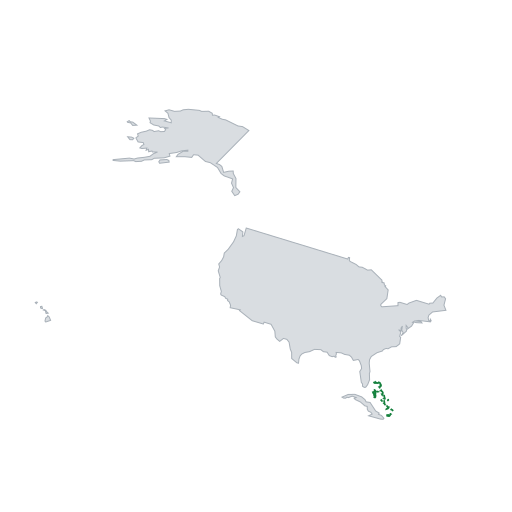 The Bahamas highlighted among its neighbors, rotated 17°
{"feature_id": "BHS", "entity_name": "The Bahamas", "entity_type": "country or territory", "adm_level": 0, "iso_a3": "BHS", "parent_name": "North America", "parent_adm1": "", "projection": "robinson", "projection_center": [-76.093, 23.939], "detail": "fine", "context": "with_neighbors", "style": "filled", "palette": "green", "viewbox_px": 512, "rotation_deg": 17, "n_neighbors": 2, "source": "natural_earth", "source_scale": "50m", "svg_char_len": 7608}
<svg xmlns="http://www.w3.org/2000/svg" viewBox="0 0 512 512"><g transform="rotate(17 256 256)"><path d="M238.5,232.1L344.6,232.1L344.8,230.3L346.0,230.2L346.5,232.9L347.6,233.7L354.1,234.8L357.7,236.3L360.9,235.7L366.8,236.9L370.3,235.5L383.5,242.3L383.8,243.6L384.7,244.0L384.4,244.5L386.3,244.2L387.2,246.1L388.8,246.7L388.3,247.5L392.3,249.8L393.6,258.5L389.5,265.8L389.8,267.0L391.2,267.8L406.3,262.0L405.4,259.0L407.2,258.2L414.7,258.2L416.0,256.3L422.4,251.5L435.6,251.5L436.0,250.3L438.9,249.3L441.3,243.3L444.1,239.6L445.4,240.9L448.0,240.1L449.8,241.5L450.1,248.1L453.5,252.4L441.2,257.9L438.6,262.0L438.6,264.6L440.0,267.2L441.6,267.3L441.2,265.5L442.4,266.6L442.1,268.0L430.5,270.0L427.2,271.5L433.0,270.5L434.3,271.5L428.6,272.9L426.1,272.9L426.2,272.3L425.0,273.7L426.2,273.9L425.3,277.5L422.4,281.3L422.1,280.0L419.9,278.5L420.7,281.2L421.7,282.1L421.8,283.9L418.2,289.8L419.1,286.2L417.0,284.3L416.5,280.2L415.8,282.4L416.6,285.5L413.9,284.7L416.7,286.3L416.9,291.0L418.1,291.4L419.1,298.0L416.5,301.7L412.2,303.2L409.4,306.1L407.4,306.4L405.2,308.2L404.6,309.9L400.0,313.1L395.6,318.4L394.9,322.0L395.6,325.4L398.8,333.2L398.8,335.3L400.8,341.1L400.4,346.3L399.3,349.4L398.0,350.0L395.9,349.4L395.3,347.2L393.7,346.1L389.0,336.1L389.9,332.8L388.7,330.0L385.5,325.9L383.9,325.1L379.6,327.4L376.9,324.8L374.3,323.6L369.5,324.2L365.8,323.7L360.8,324.8L361.5,326.1L361.4,328.1L362.2,329.1L361.4,329.7L359.9,329.0L358.3,330.0L355.2,329.8L352.1,327.2L348.4,327.8L345.4,326.6L339.2,328.2L335.2,331.8L330.9,334.0L328.5,336.3L327.4,338.6L327.2,342.0L328.0,346.1L326.3,346.2L320.1,343.6L318.3,337.8L316.0,335.0L312.8,328.7L309.9,326.7L306.4,326.8L303.6,330.7L300.1,329.2L298.1,327.7L296.0,322.4L290.4,316.9L283.1,316.9L282.9,318.9L271.3,319.0L256.1,313.0L256.6,312.1L246.4,313.0L246.1,310.5L243.7,307.6L241.9,307.0L241.6,305.6L239.3,305.3L238.0,304.0L234.2,303.5L233.3,302.7L233.2,300.0L230.0,295.0L227.8,288.1L228.1,287.0L224.2,281.2L224.4,277.2L222.7,274.5L224.5,270.4L225.3,266.2L224.8,262.5L227.4,257.8L230.4,249.0L231.3,242.5L230.5,236.1L231.2,235.1L236.4,236.8L237.3,241.3L238.6,240.1L238.5,232.1ZM212.5,138.1L191.0,179.1L194.4,179.2L197.2,180.4L200.6,185.5L205.1,182.9L209.3,181.4L210.2,183.8L214.2,187.8L216.7,196.4L221.8,199.3L220.8,202.2L218.0,204.5L213.9,201.2L214.5,197.2L211.3,193.5L211.1,189.1L202.2,188.7L198.6,187.4L193.3,182.6L185.0,180.1L180.0,180.4L171.1,176.5L166.7,177.4L165.7,180.5L159.1,181.8L150.8,184.3L151.7,181.6L155.7,177.2L160.2,175.8L159.9,174.7L154.1,177.2L149.9,180.2L143.1,183.4L144.5,185.7L139.4,189.0L130.1,192.3L128.1,194.4L121.1,196.8L118.8,198.9L113.4,200.9L111.1,200.6L98.4,205.0L91.4,206.4L91.2,205.6L106.3,199.4L111.1,198.9L114.0,197.0L120.5,194.2L125.4,191.7L128.0,188.2L131.4,185.4L126.5,186.8L125.8,186.0L122.9,187.7L122.0,185.4L120.0,187.0L120.1,184.7L115.4,186.6L113.3,186.6L114.6,183.8L116.2,182.1L115.0,180.5L109.9,181.4L106.6,178.2L108.3,175.7L107.0,173.8L110.1,171.2L114.6,168.7L117.3,166.4L120.3,166.1L122.1,166.8L126.3,164.7L128.5,165.0L132.0,163.7L132.7,161.6L131.3,160.8L134.9,159.1L128.6,160.1L127.0,161.1L125.0,160.1L119.9,160.6L115.7,159.5L115.6,157.8L113.3,155.3L128.2,151.4L130.9,151.4L128.9,153.6L136.0,153.4L135.2,150.8L132.4,149.1L130.0,145.2L126.6,143.8L130.1,141.6L135.8,141.5L141.3,139.5L143.6,137.5L148.4,135.5L159.2,133.3L161.8,133.6L168.4,131.4L172.4,132.3L173.2,134.1L175.2,133.3L180.3,133.5L179.4,134.5L183.7,135.1L187.2,134.7L200.7,136.9L205.3,136.2L212.5,138.1ZM95.1,163.6L96.5,164.4L99.0,164.0L103.8,165.7L99.9,167.2L97.3,165.4L94.2,165.7L93.6,165.3L95.1,163.6ZM76.1,374.8L78.4,377.6L74.2,380.6L73.2,379.9L73.0,376.7L74.1,375.3L74.3,373.9L76.1,374.8ZM74.0,371.4L72.1,372.4L71.0,370.6L71.5,370.2L74.0,371.4ZM71.0,369.4L70.8,369.9L68.5,369.8L68.9,369.2L71.0,369.4ZM65.9,366.7L67.2,368.6L67.0,368.9L65.2,368.7L64.7,367.4L65.9,366.7ZM60.5,364.2L59.8,365.9L58.5,365.0L59.5,364.1L60.5,364.2ZM102.3,178.7L104.8,179.1L104.0,180.9L101.4,181.6L98.4,179.5L102.3,178.7ZM142.5,189.8L144.7,190.1L145.5,191.6L136.7,195.5L135.5,194.3L136.1,192.2L142.5,189.8Z" fill="#d9dde1" stroke="#a8b0b8" stroke-width="1"/><path d="M391.1,359.4L398.2,359.8L402.2,361.5L403.9,363.3L407.9,362.7L415.7,369.2L419.7,370.2L419.4,371.6L422.6,371.8L425.8,373.8L425.3,375.0L422.5,375.6L410.4,375.9L413.3,373.2L411.6,371.9L408.8,371.5L407.3,370.1L406.3,367.3L403.9,367.5L398.6,365.1L393.0,364.3L391.5,363.4L393.1,362.1L388.9,361.9L385.8,364.4L384.1,364.5L383.4,365.7L381.3,366.3L379.5,365.8L384.7,361.4L391.1,359.4Z" fill="#d9dde1" stroke="#a8b0b8" stroke-width="1"/><path d="M410.5,351.8L410.5,352.4L410.6,352.9L410.5,353.1L410.1,353.4L409.9,353.5L409.5,353.7L409.2,353.9L409.1,353.5L408.9,353.3L408.8,352.9L408.6,353.0L408.3,353.0L407.9,352.7L407.6,352.2L408.0,352.2L408.1,352.4L408.4,352.1L408.3,351.9L408.2,351.6L408.7,350.8L408.8,350.3L408.5,349.4L408.8,349.4L409.3,349.7L409.6,350.0L409.6,350.4L409.8,350.7L410.1,351.4L410.5,351.8ZM410.9,354.1L410.5,354.5L410.8,354.8L411.1,354.3L411.3,354.7L411.4,355.4L411.4,355.5L411.5,355.8L411.5,356.0L411.2,356.6L410.4,356.6L410.4,356.0L410.3,355.9L410.1,355.2L409.8,354.9L409.4,354.3L409.6,354.1L409.9,354.2L410.1,354.1L410.5,354.0L410.7,353.9L410.9,354.1ZM430.8,369.3L430.6,369.7L430.2,370.3L429.2,370.5L428.0,370.6L427.9,370.4L427.9,370.2L428.0,369.9L427.9,369.7L428.4,369.6L428.6,369.3L429.0,369.2L429.6,369.5L429.9,369.5L430.3,369.2L430.6,368.7L430.8,368.8L430.8,369.3ZM412.8,345.9L412.7,345.9L412.3,345.5L412.0,345.3L412.5,345.0L412.7,344.7L412.7,344.0L412.8,343.6L412.7,343.3L412.8,343.0L412.7,342.6L412.3,342.4L411.6,341.2L410.4,341.0L409.7,340.9L410.1,340.8L410.4,340.8L410.9,340.9L411.5,340.9L411.8,341.3L412.2,341.7L412.5,341.9L412.6,342.0L412.6,342.3L413.0,342.5L413.4,342.8L413.6,343.8L413.0,344.2L412.9,345.6L412.8,345.9ZM407.4,341.8L407.9,342.0L408.2,341.9L408.3,341.8L409.1,341.9L409.7,341.7L409.8,342.0L408.5,342.3L407.3,342.7L406.6,342.9L406.3,342.9L406.1,342.8L405.3,342.0L405.5,342.1L406.1,342.5L406.5,342.5L406.8,342.2L406.8,341.9L406.9,341.5L407.4,341.8ZM415.2,348.0L415.9,348.5L416.5,348.7L417.2,349.4L417.4,349.7L417.5,349.9L417.4,351.0L417.2,351.6L417.3,352.1L417.1,352.0L416.9,351.6L416.7,351.4L417.1,351.3L417.1,350.7L417.3,350.3L417.3,349.8L416.8,349.3L416.4,348.8L415.8,348.7L415.3,348.2L415.0,348.2L414.6,348.3L414.8,348.0L414.9,347.7L415.2,348.0ZM422.9,360.8L422.9,361.0L422.4,360.0L421.7,359.7L421.3,359.5L421.4,359.4L421.7,359.3L421.7,359.0L421.6,358.6L421.2,358.0L421.0,357.5L420.9,357.4L420.9,357.0L421.3,357.6L421.5,358.1L421.8,358.7L422.0,359.6L422.5,359.9L422.9,360.3L422.9,360.8ZM425.7,364.2L425.4,364.4L425.4,364.1L426.0,363.7L426.3,363.3L426.5,363.2L426.8,362.9L426.9,362.7L426.6,362.1L426.7,361.9L426.7,361.7L427.2,361.7L427.1,361.9L427.2,362.6L426.7,363.5L426.2,363.8L425.7,364.2ZM420.9,354.4L421.0,354.6L420.7,354.6L420.3,354.7L420.1,354.7L420.5,354.3L420.5,354.0L420.1,353.7L419.7,352.9L419.5,352.7L419.4,352.4L419.1,352.1L419.1,351.9L419.5,352.0L420.0,353.1L420.9,354.4ZM430.7,363.2L430.9,363.2L431.1,363.2L431.6,363.4L431.9,363.6L431.8,363.8L431.3,363.5L430.9,363.4L430.4,363.5L430.1,363.4L430.3,363.0L430.7,363.2ZM426.3,361.7L426.4,361.8L426.1,362.0L425.5,361.7L425.4,361.7L425.2,361.5L425.2,361.3L425.2,361.1L425.6,361.3L425.8,361.5L426.3,361.7ZM412.2,350.3L411.7,350.4L411.4,350.3L411.3,350.2L411.5,350.1L411.8,350.0L412.3,350.0L412.5,350.1L412.2,350.3ZM419.4,358.1L419.2,358.1L418.9,358.0L418.2,357.4L417.8,357.3L417.9,357.0L418.2,357.1L418.8,357.6L419.0,357.9L419.4,358.1ZM424.7,355.0L424.4,355.6L424.2,355.5L424.3,354.8L424.5,354.7L424.7,355.0ZM431.2,367.7L430.6,368.0L430.6,367.7L430.9,367.5L431.2,367.7Z" fill="#22c55e" stroke="#15803d" stroke-width="1.5"/></g></svg>